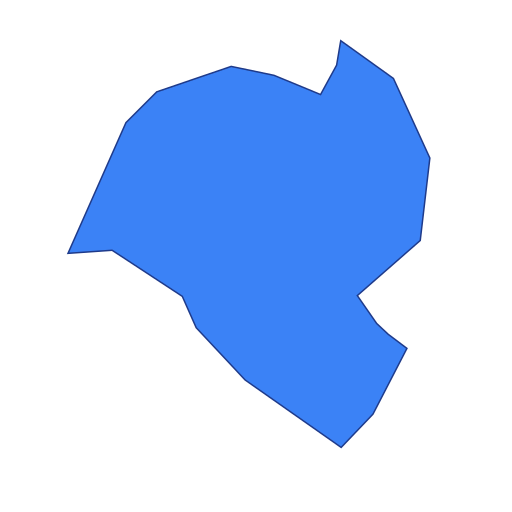 SVG path tracing the border of Črenšovci, rotated 262°
{"feature_id": "SVN-263", "entity_name": "Črenšovci", "entity_type": "Municipality", "adm_level": 1, "iso_a3": "SVN", "parent_name": "Slovenia", "parent_adm1": "", "projection": "equal_earth", "projection_center": [16.304, 46.564], "detail": "fine", "context": "isolated", "style": "filled", "palette": "blue", "viewbox_px": 512, "rotation_deg": 262, "n_neighbors": 0, "source": "natural_earth", "source_scale": "10m", "svg_char_len": 444}
<svg xmlns="http://www.w3.org/2000/svg" viewBox="0 0 512 512"><g transform="rotate(262 256 256)"><path d="M457.4,369.9L412.7,416.8L328.8,441.8L248.5,420.8L202.7,350.8L172.4,366.1L160.1,376.0L143.5,392.6L83.1,349.8L54.6,313.7L134.7,228.0L193.3,186.8L226.3,177.4L281.7,114.3L284.8,70.2L406.2,145.8L432.4,180.6L447.2,257.8L432.4,299.0L406.9,342.4L433.8,362.4L454.7,369.0L457.4,369.9Z" fill="#3b82f6" stroke="#1e3a8a" stroke-width="1.5"/></g></svg>